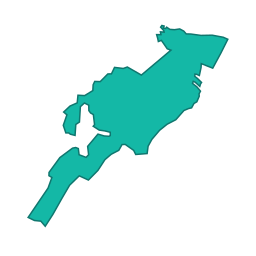 outline of Jondor, Bukhoro, Uzbekistan, rotated 275°
{"feature_id": "79887680B67164743475948", "entity_name": "Jondor", "entity_type": "district", "adm_level": 2, "iso_a3": "UZB", "parent_name": "Uzbekistan", "parent_adm1": "Bukhoro", "projection": "orthographic", "projection_center": [63.66, 39.945], "detail": "fine", "context": "isolated", "style": "filled", "palette": "teal", "viewbox_px": 256, "rotation_deg": 275, "n_neighbors": 0, "source": "geoboundaries", "source_scale": "gbopen_adm2", "svg_char_len": 1614}
<svg xmlns="http://www.w3.org/2000/svg" viewBox="0 0 256 256"><g transform="rotate(275 128 128)"><path d="M104.0,77.6L103.1,74.5L92.6,62.7L76.9,53.2L73.6,53.4L72.1,56.5L61.2,53.6L30.2,36.3L27.7,42.9L27.6,49.3L22.9,54.1L35.4,60.7L52.6,68.5L65.9,74.8L76.1,83.6L72.7,93.1L83.1,101.7L94.5,107.8L100.4,113.6L105.0,120.8L111.0,123.5L111.4,126.7L106.2,135.6L102.3,138.0L104.2,149.3L111.6,149.6L118.8,152.8L128.5,159.7L135.2,166.7L140.4,174.9L150.3,182.2L152.7,186.7L153.6,189.6L158.2,191.6L160.1,194.3L165.9,196.2L168.2,195.8L171.0,197.0L175.0,193.0L178.0,188.4L180.2,188.9L179.5,190.9L175.7,195.9L178.2,196.4L179.8,197.3L183.3,193.0L185.3,190.0L187.5,190.0L187.5,191.6L186.5,194.5L194.6,195.5L198.5,195.4L195.0,207.2L211.0,214.1L225.1,219.7L226.7,215.0L227.8,203.8L226.6,192.6L227.1,182.3L226.8,177.8L229.4,175.1L231.2,170.9L230.0,165.8L229.9,161.1L231.8,157.7L230.4,156.8L230.5,154.6L232.7,155.1L233.1,152.8L231.3,151.7L228.2,155.1L226.7,155.6L226.6,151.9L223.9,152.7L223.5,148.4L219.8,149.8L216.8,150.7L218.2,153.6L215.5,155.9L210.3,160.2L209.3,164.0L181.9,136.7L188.7,122.0L186.9,118.1L187.2,109.3L180.5,106.8L180.1,103.2L171.8,96.3L171.5,90.8L168.0,89.5L162.2,89.7L156.5,82.0L156.3,75.3L148.6,75.2L144.8,68.3L138.3,62.5L135.8,66.0L125.0,63.3L117.7,66.5L117.9,69.4L116.8,71.1L116.3,74.1L116.0,75.9L127.0,75.7L129.7,79.1L145.1,78.7L149.1,82.4L147.3,86.9L141.9,87.5L139.7,89.4L138.4,92.3L128.4,94.4L126.7,93.2L123.4,99.5L123.1,105.0L122.2,110.7L118.9,111.0L118.1,109.8L118.0,105.0L119.3,98.6L106.2,89.4L97.9,91.1L95.1,88.8L97.1,81.6L103.2,80.3L104.0,77.6Z" fill="#14b8a6" stroke="#0f766e" stroke-width="1.5"/></g></svg>